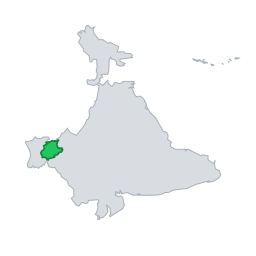 where Himachal Pradesh sits in India, rotated 279°
{"feature_id": "IND-2429", "entity_name": "Himachal Pradesh", "entity_type": "Union Territory", "adm_level": 1, "iso_a3": "IND", "parent_name": "India", "parent_adm1": "", "projection": "orthographic", "projection_center": [77.297, 31.808], "detail": "fine", "context": "in_parent", "style": "filled", "palette": "green", "viewbox_px": 256, "rotation_deg": 279, "n_neighbors": 0, "source": "natural_earth", "source_scale": "10m", "svg_char_len": 6569}
<svg xmlns="http://www.w3.org/2000/svg" viewBox="0 0 256 256"><g transform="rotate(279 128 128)"><path d="M33.0,112.4L36.8,111.9L37.3,109.4L44.1,111.0L48.8,109.5L50.3,110.8L52.5,109.8L50.3,100.3L47.8,99.9L46.8,98.3L47.3,93.9L43.2,91.9L43.6,89.1L49.6,82.9L52.1,85.3L59.1,83.9L62.5,78.2L66.2,76.3L69.5,69.7L72.3,68.6L72.9,66.1L77.7,61.8L77.0,60.7L77.3,56.0L82.2,53.2L81.7,52.0L78.3,51.0L78.2,49.1L76.3,48.9L76.0,47.3L74.2,45.8L75.2,43.4L74.1,41.8L75.9,40.2L73.8,39.2L74.2,38.0L73.2,36.9L74.3,34.9L76.4,34.2L84.9,36.3L90.3,34.6L97.6,29.0L99.1,29.1L98.9,30.8L100.9,35.6L104.8,37.8L103.4,39.9L103.9,43.7L106.0,46.1L106.6,51.1L104.7,52.1L103.3,50.4L101.4,51.0L103.6,55.1L103.7,59.8L106.0,59.2L108.5,62.2L112.7,63.6L113.0,65.2L118.3,68.1L114.5,71.4L112.6,78.1L124.4,84.8L129.8,86.0L130.2,87.1L133.9,88.0L139.1,86.8L142.6,88.0L143.2,89.9L146.9,91.8L149.0,91.0L150.6,92.6L165.1,92.9L166.0,90.3L164.6,87.4L165.1,81.3L167.8,80.0L169.3,80.4L169.3,84.0L170.3,85.5L169.4,86.6L172.3,89.0L176.4,89.3L180.0,87.5L182.6,88.1L190.6,86.4L190.8,83.1L187.5,81.6L187.5,80.1L193.2,78.4L196.9,72.3L200.0,71.0L204.7,65.9L209.8,67.1L213.2,63.4L215.4,64.5L214.2,66.0L214.5,67.2L216.2,65.9L217.4,67.8L216.0,70.7L217.9,70.0L222.6,70.9L223.0,73.0L220.6,76.1L222.5,79.2L220.0,78.1L216.7,79.2L210.7,85.2L211.3,89.3L208.5,95.1L209.6,96.9L206.9,106.1L201.5,105.5L202.6,112.2L201.3,113.2L201.9,119.0L200.4,121.0L199.1,120.1L198.2,121.4L194.8,109.3L192.7,109.6L191.2,115.0L189.8,113.6L189.1,114.4L187.8,111.0L188.7,107.1L192.0,105.9L193.3,104.2L193.7,100.6L195.2,99.9L192.3,98.7L181.9,100.1L177.8,99.6L177.3,94.9L176.1,93.0L175.5,94.6L174.3,94.7L171.8,92.0L170.6,93.3L167.5,91.3L168.0,92.7L166.0,96.5L172.1,100.5L168.9,101.4L166.4,105.8L171.2,107.9L170.5,112.4L171.8,115.3L173.2,115.7L174.9,126.7L173.5,126.2L172.9,127.4L171.9,123.6L171.7,127.0L169.7,126.5L168.6,127.5L168.9,123.8L167.0,122.3L168.6,124.0L167.4,126.3L161.8,129.2L160.3,131.2L161.3,135.0L159.9,138.0L157.5,140.4L156.6,140.2L156.4,141.3L152.1,143.1L151.5,141.8L149.8,142.8L149.4,144.0L151.2,143.7L146.7,147.6L142.3,153.9L130.4,163.2L129.7,167.1L126.3,168.9L122.9,168.9L120.8,173.1L118.4,172.2L115.9,173.6L114.3,178.2L116.2,189.4L115.1,187.8L114.5,188.5L116.5,190.2L112.0,204.6L113.1,205.4L113.1,211.4L109.3,212.0L106.6,216.8L107.2,218.4L110.0,219.3L106.9,218.8L102.8,220.0L101.1,221.4L100.2,224.9L96.2,227.0L92.9,225.4L89.1,221.4L87.5,217.6L86.9,214.3L88.5,217.0L87.6,214.4L83.2,204.4L77.6,195.9L73.7,182.3L70.7,178.1L69.9,173.9L68.8,173.5L66.5,168.1L63.6,152.3L64.6,149.6L64.4,148.6L63.4,149.9L63.2,149.1L63.3,147.5L64.5,147.7L63.1,147.1L62.4,143.6L64.1,137.6L62.4,132.4L63.2,131.8L62.3,131.8L65.8,129.8L61.9,130.1L63.1,128.1L61.8,128.0L62.1,126.7L63.9,126.2L59.6,125.8L60.2,127.1L58.5,129.0L59.9,131.2L58.2,133.8L51.2,136.5L47.6,135.5L37.7,124.3L38.4,123.2L39.8,124.4L46.0,122.8L48.3,119.1L42.6,121.2L39.8,120.3L35.9,117.5L34.6,114.6L37.1,112.8L33.4,114.3L33.0,112.4ZM205.1,195.4L203.7,193.2L205.3,190.5L205.3,182.6L206.6,181.0L205.7,185.4L206.6,188.1L205.7,189.0L205.1,195.4ZM214.3,223.5L214.4,226.8L213.2,225.2L214.3,223.5ZM204.0,202.4L203.0,202.6L202.8,201.2L203.9,200.0L204.0,202.4ZM210.9,218.7L210.9,219.7L210.6,218.9L210.9,218.7ZM212.0,217.3L211.6,218.6L211.7,217.2L212.0,217.3ZM213.3,222.5L213.0,223.6L212.7,223.2L213.3,222.5ZM206.6,211.5L205.9,211.7L206.2,211.1L206.6,211.5ZM204.9,195.9L204.3,196.5L204.6,195.6L204.9,195.9ZM207.0,191.6L207.4,192.5L206.6,191.9L207.0,191.6ZM209.2,217.4L208.6,217.3L208.9,216.8L209.2,217.4ZM204.6,185.6L204.4,186.6L204.5,185.5L204.6,185.6Z" fill="#d9dde1" stroke="#a8b0b8" stroke-width="1"/><path d="M101.3,50.9L101.5,51.3L101.8,51.7L101.8,51.8L101.7,51.8L101.7,52.0L101.9,52.7L101.9,52.9L101.8,53.0L102.0,53.2L102.2,53.3L102.3,53.5L103.1,54.5L103.3,54.7L103.5,54.9L103.7,55.1L103.5,55.5L103.4,56.0L103.2,56.4L103.2,56.5L103.4,56.7L103.4,56.8L103.4,57.0L103.5,57.0L103.6,57.3L103.8,57.3L104.0,57.5L104.1,57.8L103.4,58.4L103.4,58.6L103.6,58.8L103.8,58.9L103.8,59.2L103.7,59.4L103.7,59.7L103.7,59.9L103.8,60.0L104.0,60.1L104.4,60.1L104.5,60.0L104.8,60.2L105.0,60.4L105.3,61.0L105.1,61.3L104.9,61.3L104.5,61.3L104.4,61.2L104.2,61.0L104.1,60.7L103.8,60.7L103.6,60.6L103.4,60.6L103.2,60.6L102.9,60.5L102.7,60.5L102.4,60.6L102.2,60.6L101.8,60.3L101.7,60.2L101.6,60.3L101.5,60.2L101.4,60.1L101.2,60.1L100.9,60.1L100.5,60.3L100.2,60.4L99.8,60.7L99.5,60.9L99.3,61.0L99.2,61.0L98.8,61.0L98.7,61.0L98.4,61.2L98.2,61.5L97.8,61.9L97.8,62.0L97.7,62.0L97.8,62.2L97.8,62.3L97.7,62.4L97.5,62.5L97.7,62.8L97.7,63.0L97.4,63.2L97.3,63.5L97.2,63.8L97.2,64.1L97.4,64.2L97.4,64.3L97.4,64.5L97.5,64.7L97.6,64.8L97.6,65.0L97.4,65.2L97.6,65.5L97.8,65.6L97.9,65.8L97.7,65.9L97.6,66.0L97.1,66.3L96.9,66.4L96.5,66.4L96.4,66.5L96.4,66.8L96.1,66.7L95.9,66.5L95.6,66.6L95.6,66.4L95.3,66.5L95.2,66.5L95.0,66.3L94.9,66.3L94.6,66.3L94.5,66.2L94.4,66.2L94.2,66.1L93.6,65.7L93.6,65.3L93.6,65.2L93.6,64.8L93.6,64.7L93.5,64.4L93.4,64.3L93.2,64.2L92.8,64.0L92.7,63.9L92.7,63.7L92.4,63.6L92.3,63.4L92.3,63.2L92.1,63.0L91.9,63.0L91.7,63.0L91.6,62.9L91.4,62.8L91.2,63.0L90.9,62.7L90.4,62.3L90.3,62.1L90.2,61.9L90.2,61.7L90.3,61.5L90.3,61.4L90.2,61.3L90.2,60.9L90.3,60.7L90.1,60.6L90.1,60.4L90.0,60.2L89.9,60.2L89.9,60.3L89.7,60.2L89.4,60.1L89.2,60.0L89.1,59.9L89.0,59.6L88.7,59.1L88.4,59.2L88.4,59.3L88.4,59.6L88.2,59.7L88.2,59.8L88.1,60.0L88.0,59.9L87.9,59.9L87.6,60.0L87.5,59.9L87.4,59.7L87.2,59.0L86.8,58.1L85.9,56.3L85.9,56.2L86.0,56.1L86.0,55.5L85.8,55.2L85.7,55.0L85.6,54.9L85.2,54.8L84.9,54.6L84.6,54.4L84.3,54.3L83.9,54.3L83.8,54.2L84.2,53.7L84.3,53.5L84.3,53.4L84.2,53.3L84.0,53.2L84.0,52.9L84.5,52.8L84.7,52.7L84.8,52.7L85.1,52.3L85.6,51.9L85.9,51.8L85.9,51.7L85.7,51.1L85.6,50.9L85.7,50.7L85.8,50.4L86.0,50.2L85.9,49.7L85.9,49.4L86.0,49.2L85.9,49.1L85.8,48.9L85.7,48.7L85.4,48.4L85.3,48.2L85.4,47.9L85.6,47.8L86.0,48.0L86.3,48.1L86.8,47.7L87.0,47.4L87.5,47.2L87.9,47.1L88.0,47.0L88.2,46.8L88.2,46.7L88.3,46.4L88.7,46.1L89.0,46.0L89.7,45.8L89.9,45.7L90.0,45.7L90.3,46.0L91.1,46.0L91.3,46.1L91.7,46.5L91.8,46.6L92.1,46.9L92.3,47.1L92.5,47.3L93.3,47.8L93.6,48.0L94.1,48.2L94.9,48.5L95.0,48.5L95.1,48.4L95.5,48.2L95.8,48.1L96.1,48.1L96.3,47.9L96.6,47.7L96.8,47.6L97.1,47.4L97.3,47.5L97.5,47.7L97.9,48.1L98.1,48.4L98.3,48.9L98.4,49.0L98.5,49.1L98.5,49.6L98.6,49.8L98.8,50.0L98.9,50.3L99.0,50.3L99.3,50.3L99.4,50.1L99.5,50.0L99.7,49.9L99.9,49.9L100.1,49.8L100.2,49.7L100.4,49.7L100.5,49.7L100.9,49.4L100.9,49.2L101.0,49.2L101.3,49.3L101.3,49.5L101.3,50.0L101.2,50.2L101.0,50.3L100.9,50.4L100.8,50.6L100.8,50.8L100.7,50.9L100.7,51.0L100.7,51.3L100.8,51.3L101.2,51.0L101.3,50.9Z" fill="#22c55e" stroke="#15803d" stroke-width="1.5"/></g></svg>